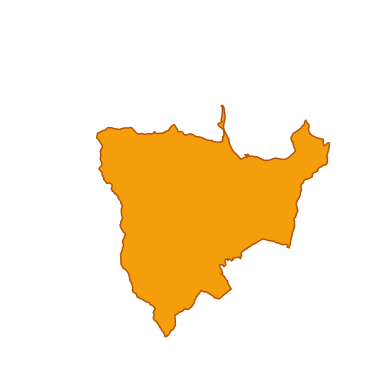 outline of Campulung Moldovenesc, Suceava, Romania, rotated 220°
{"feature_id": "2599482B38136617822429", "entity_name": "Campulung Moldovenesc", "entity_type": "district", "adm_level": 2, "iso_a3": "ROU", "parent_name": "Romania", "parent_adm1": "Suceava", "projection": "robinson", "projection_center": [25.58, 47.494], "detail": "fine", "context": "isolated", "style": "filled", "palette": "amber", "viewbox_px": 384, "rotation_deg": 220, "n_neighbors": 0, "source": "geoboundaries", "source_scale": "gbopen_adm2", "svg_char_len": 6031}
<svg xmlns="http://www.w3.org/2000/svg" viewBox="0 0 384 384"><g transform="rotate(220 192 192)"><path d="M125.4,316.7L128.2,315.1L132.3,313.4L133.8,313.2L136.1,312.5L137.7,312.4L138.7,312.5L140.9,313.3L142.3,314.2L143.3,315.4L144.7,317.8L145.5,318.6L148.8,319.1L150.7,320.2L151.1,319.6L150.7,318.8L150.5,317.8L149.2,315.1L149.9,313.8L150.0,312.7L149.4,310.9L150.0,309.7L150.0,308.9L150.8,305.5L151.5,304.1L151.5,302.8L152.1,302.1L152.1,301.3L151.6,300.0L151.1,297.1L148.4,295.1L146.7,294.8L143.5,292.4L139.3,290.3L139.1,287.3L140.3,279.9L141.4,277.5L143.0,275.6L146.1,273.7L148.3,272.6L150.6,270.9L151.0,270.0L152.5,267.3L153.9,265.4L156.7,262.8L161.2,261.5L164.1,261.0L169.1,257.9L169.6,257.7L172.3,255.6L172.5,256.8L173.1,256.9L173.6,256.8L173.8,255.6L175.1,254.7L172.3,253.8L174.2,252.0L175.2,249.3L176.0,248.9L175.9,248.8L176.2,248.6L177.0,248.5L179.4,249.2L186.9,249.8L188.9,250.6L194.1,252.9L196.2,254.6L197.3,255.8L205.6,259.4L208.2,260.8L210.0,262.2L211.3,264.7L214.6,270.5L221.4,276.9L223.6,277.9L224.1,277.9L224.7,277.7L224.9,276.7L223.5,276.8L222.1,275.0L221.8,274.9L218.3,270.3L215.7,265.5L214.4,265.5L214.1,264.9L215.9,261.0L214.4,259.9L208.1,260.0L205.5,257.7L205.2,257.1L204.7,257.0L203.8,255.1L204.0,254.5L203.4,254.4L203.3,254.0L203.5,253.6L201.1,250.2L201.3,249.7L203.8,247.1L208.0,244.2L209.2,244.5L209.8,244.4L210.2,243.7L214.7,241.2L218.8,240.2L221.1,239.3L224.5,237.1L226.8,236.5L227.5,236.8L228.8,236.1L230.1,235.8L231.4,234.5L233.1,232.1L234.2,231.2L235.1,231.0L238.0,231.7L238.6,231.6L239.7,231.0L241.5,229.3L242.9,229.9L243.5,230.5L248.8,232.2L249.9,230.4L250.0,226.1L249.6,224.1L249.7,223.5L250.9,222.2L251.2,220.5L251.4,219.9L252.1,219.4L252.3,218.2L252.6,217.7L254.9,216.0L255.8,214.4L257.6,213.9L259.2,214.2L259.6,213.9L259.6,213.5L259.1,212.6L260.5,210.1L262.7,209.0L264.2,207.1L264.8,205.9L266.4,205.0L267.6,205.0L267.9,204.3L268.5,204.0L269.3,202.8L270.4,201.9L273.5,201.5L274.8,201.9L276.9,202.0L278.5,202.5L279.9,202.2L281.1,201.4L281.9,199.9L283.9,198.6L286.0,196.3L287.8,193.2L292.4,190.6L295.4,189.2L297.7,187.3L298.2,185.7L298.2,184.4L298.4,183.3L299.3,182.4L300.1,181.1L300.7,179.1L302.1,176.4L300.9,174.1L300.4,173.4L300.2,172.5L299.5,172.1L297.4,172.1L295.6,171.6L294.0,170.9L290.7,170.0L289.7,169.2L289.5,168.9L289.0,167.0L289.1,165.8L288.5,165.0L288.3,164.0L287.7,163.7L286.5,162.4L285.8,162.1L283.5,158.3L281.2,157.0L279.9,156.6L278.3,154.5L278.3,153.0L278.5,152.2L278.3,151.4L278.4,150.7L278.4,150.4L277.8,149.8L274.7,149.2L273.3,149.2L272.6,148.1L271.4,147.1L268.8,146.3L268.5,145.7L267.6,144.9L265.3,144.6L264.6,144.1L262.8,144.0L261.1,145.7L259.3,146.2L257.9,146.2L256.8,144.8L256.3,143.5L256.1,142.6L254.1,141.9L253.5,141.5L252.5,141.9L251.9,141.6L251.3,141.6L250.0,141.0L249.7,141.1L249.6,141.6L248.6,141.8L247.9,141.1L246.3,141.2L245.5,140.8L245.4,140.5L244.9,140.1L243.7,140.0L243.4,139.6L240.3,138.9L239.9,138.7L239.7,138.1L239.1,137.9L238.4,137.3L237.7,137.2L235.9,136.5L235.8,135.9L236.0,135.5L235.4,134.6L235.3,134.2L235.3,133.6L232.1,130.0L228.1,127.0L228.3,126.2L228.1,125.7L227.7,125.3L227.4,123.3L226.3,122.1L226.0,120.6L225.4,119.9L223.8,119.0L219.7,117.6L218.7,117.1L218.2,117.1L217.7,117.5L217.2,117.5L216.3,117.2L215.7,116.7L215.4,116.3L215.3,114.9L214.9,114.5L214.3,112.8L214.1,111.0L213.6,109.8L209.8,106.5L208.9,103.9L208.3,103.0L207.1,99.8L206.8,98.5L203.3,94.9L200.0,91.0L197.0,90.0L195.8,89.4L193.7,89.8L191.9,89.7L190.5,89.5L188.5,88.8L186.1,87.4L186.0,87.1L184.8,86.3L182.3,84.1L180.7,83.7L177.1,81.7L176.0,80.8L174.9,79.2L174.5,78.3L172.9,77.7L169.5,77.9L169.0,78.2L166.5,76.3L161.3,77.8L156.9,78.4L153.3,79.7L152.1,78.9L151.5,78.8L150.7,79.3L149.5,79.3L148.4,79.7L146.5,79.4L145.8,78.9L144.7,78.6L144.9,76.8L144.1,74.6L143.7,74.5L142.3,73.7L141.4,72.5L141.1,71.0L139.6,70.0L138.4,69.6L135.3,69.8L129.5,67.8L129.4,67.5L128.1,67.4L125.6,66.5L123.8,66.3L122.2,65.4L121.0,65.2L120.6,64.6L119.8,63.8L119.0,64.5L118.6,65.1L118.2,67.8L119.0,73.0L118.0,74.2L118.3,76.0L118.8,76.7L118.7,77.9L119.1,79.3L119.5,79.8L123.0,83.6L125.8,86.3L124.6,89.5L124.6,91.8L123.3,93.3L122.7,94.5L122.7,97.4L121.6,98.0L119.3,100.0L118.8,102.6L118.4,103.5L118.5,104.3L118.8,104.9L118.6,106.3L118.9,107.0L119.0,108.0L120.0,110.6L120.5,110.8L120.6,111.1L120.7,113.1L121.4,114.6L121.0,115.7L121.4,116.8L121.2,119.2L121.6,119.9L121.4,120.7L121.7,121.8L121.6,122.2L119.7,122.8L116.2,124.7L109.5,125.8L107.1,125.5L105.4,126.0L102.5,127.6L102.1,129.5L101.6,133.1L99.6,142.8L102.6,144.0L104.2,144.4L105.7,145.2L107.9,146.7L110.8,147.1L112.4,148.0L115.5,148.3L116.6,148.0L116.3,149.1L116.7,149.7L119.1,151.4L120.7,151.6L123.0,152.8L123.9,153.8L123.4,154.5L122.1,155.6L121.3,155.9L120.2,155.5L119.6,155.4L119.2,157.0L119.8,158.6L122.1,160.0L123.1,161.5L121.8,163.6L121.4,163.4L120.9,162.6L120.5,162.6L120.8,164.1L119.0,165.0L117.5,164.7L117.3,165.5L116.8,166.6L117.6,166.9L118.0,167.7L116.2,169.8L114.3,172.2L112.2,172.1L112.6,173.5L112.9,174.2L112.9,175.0L113.1,175.3L114.2,175.8L115.1,176.8L115.3,177.2L115.3,177.7L114.6,181.3L113.5,183.8L113.8,184.0L112.2,188.7L112.0,190.2L110.6,193.1L109.2,197.6L107.4,201.8L100.8,204.7L99.7,205.8L97.5,207.0L95.0,207.3L92.5,208.6L89.1,209.6L88.3,210.2L88.0,210.8L87.1,211.4L86.3,212.4L85.7,212.8L85.4,212.9L84.3,212.2L83.4,210.9L81.9,211.7L82.1,211.9L82.5,213.4L83.1,215.1L85.3,218.5L88.3,224.3L89.0,226.1L90.0,228.0L90.3,229.5L91.2,231.4L94.6,235.4L95.9,235.9L96.4,236.9L96.6,237.6L96.6,239.0L96.9,239.8L96.9,240.4L97.5,241.4L98.2,243.2L99.0,245.8L104.6,249.9L105.0,251.3L105.7,252.8L106.7,258.2L107.6,259.7L108.2,260.4L109.0,263.0L109.9,264.4L112.6,266.7L113.0,267.5L112.7,270.8L113.3,272.0L113.6,273.1L112.5,275.7L111.3,276.8L110.6,278.8L109.7,280.4L110.0,281.4L111.3,283.5L111.3,284.3L109.4,288.5L109.5,289.2L110.2,290.1L110.1,293.2L109.0,294.5L109.0,296.2L107.7,297.9L106.9,299.5L107.0,300.9L107.6,302.1L110.6,305.6L111.7,306.0L114.3,311.7L116.5,315.6L117.5,317.1L118.3,317.8L119.0,317.5L119.6,316.7L119.8,313.2L120.2,312.8L120.7,312.6L121.7,313.1L123.6,314.7L124.6,316.2L125.4,316.7Z" fill="#f59e0b" stroke="#b45309" stroke-width="1.5"/></g></svg>